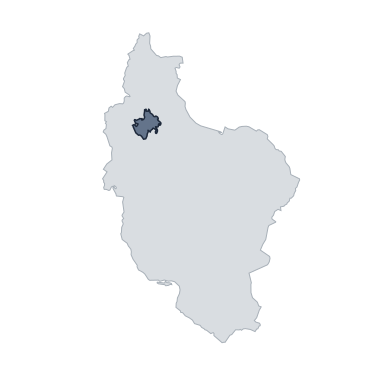 where Hamadan sits in Iran, rotated 33°
{"feature_id": "IRN-3233", "entity_name": "Hamadan", "entity_type": "Province", "adm_level": 1, "iso_a3": "IRN", "parent_name": "Iran", "parent_adm1": "", "projection": "orthographic", "projection_center": [48.6, 34.872], "detail": "fine", "context": "in_parent", "style": "filled", "palette": "slate", "viewbox_px": 384, "rotation_deg": 33, "n_neighbors": 0, "source": "natural_earth", "source_scale": "10m", "svg_char_len": 5460}
<svg xmlns="http://www.w3.org/2000/svg" viewBox="0 0 384 384"><g transform="rotate(33 192 192)"><path d="M184.3,119.4L187.8,119.4L194.0,116.9L194.5,116.3L196.2,111.9L198.2,109.8L201.8,107.2L204.2,106.3L212.8,105.9L213.3,104.1L214.6,103.1L223.9,102.9L225.4,104.1L226.2,106.5L234.2,108.1L235.8,108.6L237.9,110.3L239.5,110.6L241.4,109.6L242.7,110.1L244.7,109.3L250.9,111.4L252.1,114.1L253.3,115.3L254.7,116.3L259.8,117.9L261.3,119.0L265.4,123.6L275.0,122.4L275.8,123.4L276.0,125.6L277.3,130.7L276.8,132.7L278.2,134.3L278.5,137.6L279.3,139.8L278.6,143.1L277.5,143.9L278.5,146.6L277.8,149.4L278.1,150.4L276.8,152.9L276.9,153.8L274.3,156.3L276.7,159.1L273.6,159.7L272.0,163.3L273.0,167.2L272.7,169.3L273.1,170.4L274.0,171.1L278.4,171.3L278.6,171.8L274.7,178.2L275.1,180.4L279.7,191.6L279.9,197.5L281.0,203.5L292.2,203.8L293.6,205.2L294.8,208.4L295.0,210.9L294.8,212.2L284.0,229.0L291.2,235.8L291.7,237.4L296.3,244.3L300.3,247.7L306.8,248.8L310.0,251.2L312.6,250.7L312.8,254.5L314.7,262.2L314.3,265.9L316.6,266.3L319.9,265.3L321.2,265.8L322.0,267.0L321.3,267.9L321.7,270.9L320.9,271.7L320.9,274.7L315.8,275.5L311.2,277.5L309.6,278.8L308.8,281.0L307.2,281.0L306.8,281.9L303.6,283.8L303.0,289.9L301.8,291.5L301.6,300.1L300.9,300.3L299.3,302.0L288.6,300.5L287.4,298.6L286.3,298.4L284.9,300.5L279.6,300.0L277.8,300.5L276.7,300.1L273.8,300.3L271.5,299.4L265.8,301.0L262.2,299.2L258.4,299.0L253.8,299.5L249.9,298.3L248.0,299.1L247.0,298.0L241.4,297.5L239.3,293.8L239.1,292.0L237.5,288.8L236.8,284.0L235.3,280.6L232.7,277.9L226.3,276.7L223.0,277.8L220.7,279.7L216.7,280.9L213.7,284.4L211.8,284.2L204.6,289.1L203.0,289.1L197.2,286.5L194.7,286.1L189.6,286.5L186.7,284.7L186.0,283.3L179.2,280.5L175.1,277.8L173.7,275.2L171.9,273.3L167.9,271.9L165.6,270.3L159.4,269.9L155.0,265.8L154.9,264.5L152.3,259.9L151.8,256.6L151.2,255.7L149.1,254.4L148.7,253.5L149.1,251.4L146.3,250.1L145.9,249.1L145.9,245.8L139.2,238.1L137.8,233.7L136.6,233.6L130.8,236.5L129.1,234.9L123.9,232.1L123.2,231.1L124.5,230.6L125.8,231.1L126.5,230.5L126.2,229.5L124.9,229.0L123.2,229.0L123.7,229.9L122.0,230.7L121.7,231.8L122.1,235.1L121.4,236.0L118.7,236.5L117.0,237.6L115.5,236.4L115.0,234.0L114.1,232.5L112.6,231.9L111.6,230.4L109.8,229.6L109.8,221.4L105.3,221.2L105.3,214.9L107.4,208.7L103.2,203.0L101.4,198.7L100.2,197.9L98.0,198.0L90.8,192.1L88.3,190.5L84.8,190.0L84.4,187.9L85.3,185.7L83.8,182.7L83.3,181.9L81.9,181.5L82.0,179.6L80.1,179.7L76.8,174.5L75.8,173.7L77.9,169.9L76.6,166.7L77.5,164.1L79.3,164.3L79.9,160.8L83.1,157.3L85.9,155.8L86.2,154.7L85.7,152.7L84.0,150.2L84.3,148.1L84.9,147.1L87.8,146.1L88.0,145.6L86.6,144.8L81.6,144.7L78.9,142.2L76.4,141.5L75.1,136.0L74.7,135.4L73.5,135.2L72.7,134.1L72.5,130.6L70.8,128.9L69.5,123.6L69.5,122.3L70.0,121.1L67.3,118.7L67.1,115.2L67.7,114.4L64.7,111.7L63.3,111.5L63.1,111.1L65.5,105.7L66.4,104.5L64.6,103.6L64.7,100.9L64.3,98.6L64.6,96.5L63.4,94.9L63.1,94.0L63.7,91.6L62.5,90.4L62.0,87.9L66.4,87.4L67.4,83.6L69.1,82.0L71.8,84.0L75.5,90.4L77.8,92.2L79.5,94.4L87.9,96.8L89.7,96.1L92.6,96.3L96.4,92.6L98.0,92.1L102.4,88.3L107.7,84.8L110.4,84.3L114.3,88.8L112.1,90.2L111.7,91.3L111.9,92.4L113.7,93.5L114.0,94.8L113.3,95.4L111.0,96.1L110.3,97.4L112.9,99.4L114.1,101.2L115.5,101.6L117.6,104.4L121.1,104.0L121.8,110.6L123.7,116.1L127.4,118.4L136.9,120.0L138.0,121.1L139.6,124.1L142.1,126.2L149.6,130.3L157.8,132.1L163.2,131.8L182.8,126.0L184.7,125.9L181.8,127.3L183.0,127.8L185.5,127.7L186.0,127.1L186.1,126.3L184.3,119.4ZM224.2,281.2L223.0,283.2L221.1,284.9L219.6,284.6L213.8,287.3L212.2,287.2L212.0,286.5L218.4,283.4L218.6,282.6L218.2,281.3L220.3,281.7L222.6,280.4L224.5,279.9L225.5,280.7L224.2,281.2Z" fill="#d9dde1" stroke="#a8b0b8" stroke-width="1"/><path d="M128.5,151.2L128.5,151.6L128.7,152.1L129.0,152.5L128.9,153.2L128.5,153.6L128.0,153.6L127.8,153.2L127.8,152.8L127.8,152.5L127.4,152.5L127.0,153.1L127.3,154.1L127.9,155.1L128.0,155.8L127.4,156.5L126.7,156.8L126.3,156.8L126.0,157.1L126.1,157.3L126.4,157.6L127.0,157.9L128.3,158.2L129.0,158.6L129.6,159.3L130.0,160.1L130.3,161.8L130.0,162.4L129.4,162.4L129.0,162.0L128.5,161.4L128.3,160.7L128.5,160.1L128.2,159.6L127.1,159.4L124.7,159.6L124.4,160.1L124.6,161.0L124.4,161.5L124.1,162.1L124.0,163.2L124.3,164.4L124.0,164.5L123.4,164.2L122.0,164.1L121.6,164.3L121.8,164.7L122.4,165.0L122.6,166.0L122.8,167.6L123.7,169.4L123.9,170.3L124.0,171.2L124.2,172.2L124.2,172.6L123.9,172.9L122.6,174.1L119.0,172.6L118.2,172.7L117.5,172.6L117.1,172.7L116.4,173.4L116.0,173.5L115.6,173.4L112.7,173.0L107.1,169.3L106.8,168.9L106.3,168.5L105.9,168.4L106.2,167.9L106.6,167.2L107.9,167.1L109.4,167.4L109.8,167.1L109.8,166.4L109.9,165.3L109.8,164.7L109.5,164.3L109.2,164.4L108.6,164.6L107.5,165.8L107.2,165.3L107.0,164.6L106.7,164.4L106.2,164.4L105.3,163.8L104.6,163.3L104.5,162.7L104.7,162.4L105.1,162.3L106.4,162.1L107.0,161.2L107.6,160.1L108.0,159.6L108.1,159.1L108.1,158.9L108.4,158.7L109.2,158.5L109.7,158.2L109.9,157.8L110.1,157.7L110.5,158.7L110.8,158.9L111.2,158.5L111.7,157.8L111.9,156.6L111.6,155.1L110.9,154.4L110.3,154.1L109.7,153.3L108.3,150.2L107.5,148.9L107.7,148.5L108.3,147.7L108.6,147.7L109.2,148.9L109.6,149.1L110.1,148.9L110.4,148.5L111.3,148.2L111.3,147.8L111.2,147.5L110.8,147.0L110.6,146.3L111.1,146.2L112.9,147.3L113.4,148.1L113.9,148.4L116.7,148.5L117.8,149.1L118.9,149.4L119.9,149.0L120.3,148.4L120.3,148.1L120.9,147.9L122.3,147.9L123.4,148.5L123.9,149.1L123.5,149.7L124.4,150.4L126.0,150.6L126.4,150.5L128.2,151.0L128.5,151.2Z" fill="#64748b" stroke="#1e293b" stroke-width="1.5"/></g></svg>